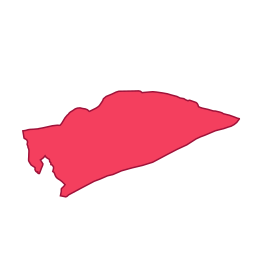 Sikhottabong, Vientiane [prefecture], Laos (Equal Earth projection), rotated 153°
{"feature_id": "54806243B78936618260326", "entity_name": "Sikhottabong", "entity_type": "district", "adm_level": 2, "iso_a3": "LAO", "parent_name": "Laos", "parent_adm1": "Vientiane [prefecture]", "projection": "equal_earth", "projection_center": [102.525, 18.0], "detail": "fine", "context": "isolated", "style": "filled", "palette": "rose", "viewbox_px": 256, "rotation_deg": 153, "n_neighbors": 0, "source": "geoboundaries", "source_scale": "gbopen_adm2", "svg_char_len": 2374}
<svg xmlns="http://www.w3.org/2000/svg" viewBox="0 0 256 256"><g transform="rotate(153 128 128)"><path d="M219.0,98.3L214.7,94.9L213.4,94.8L211.2,95.4L196.7,95.7L182.3,95.9L176.2,95.2L167.9,94.7L162.6,93.4L153.2,92.8L145.7,91.3L141.9,90.5L132.1,88.1L121.5,86.3L105.3,86.6L93.9,86.7L83.2,86.3L72.2,87.4L67.2,87.2L63.0,86.7L58.7,86.4L51.5,85.9L48.6,85.3L43.0,84.0L38.0,83.3L35.4,82.8L31.9,82.9L28.6,83.6L26.8,84.5L24.7,85.5L24.6,85.8L26.2,87.2L28.3,89.6L31.9,93.4L34.0,95.2L36.5,97.4L37.4,98.9L39.1,100.6L41.1,102.3L42.4,103.4L44.3,104.5L48.2,108.2L52.8,112.0L54.3,113.5L55.5,115.0L55.2,116.6L55.2,118.3L55.7,119.7L56.5,120.6L58.1,122.3L60.4,124.7L61.2,125.0L62.1,125.0L63.3,126.3L64.3,127.7L64.9,128.8L68.0,131.1L70.1,133.9L74.9,138.2L77.4,140.6L81.5,143.7L86.5,147.2L89.5,149.1L97.8,152.5L99.4,153.1L100.2,155.0L101.6,156.2L106.6,158.6L119.5,164.9L122.3,165.4L126.7,165.5L130.5,165.8L133.1,166.0L136.6,165.2L138.3,163.7L141.7,161.8L143.4,160.9L145.5,160.4L147.9,160.2L154.2,160.3L154.8,160.4L155.0,160.4L155.9,162.7L157.4,164.4L159.6,166.0L161.6,167.7L164.1,168.7L166.4,169.0L169.1,168.6L172.0,168.4L173.6,168.0L174.9,167.3L176.3,167.0L179.6,165.6L182.6,163.7L184.7,162.4L187.0,161.3L187.7,161.4L189.8,162.6L194.3,164.3L204.3,166.9L207.9,168.0L208.3,168.0L213.0,169.9L215.9,171.2L217.7,171.8L220.2,172.3L220.6,172.4L223.0,173.2L224.7,167.8L225.1,166.6L225.2,166.0L225.0,165.5L224.5,165.2L224.3,164.7L223.6,163.2L223.6,162.1L223.9,161.0L224.7,160.1L225.4,159.0L225.4,157.5L225.9,156.1L226.0,154.5L226.4,153.1L227.1,151.7L228.2,149.8L229.5,147.4L230.7,145.4L231.4,143.9L231.4,142.4L231.3,141.0L231.1,139.1L230.2,137.4L228.9,135.2L228.8,134.5L229.5,133.8L229.8,133.0L229.8,131.4L229.4,130.4L229.1,130.0L229.0,129.9L228.9,129.8L228.7,129.9L228.6,130.0L228.4,130.0L228.3,129.7L228.7,129.3L228.9,129.2L228.7,128.7L228.5,128.2L227.9,127.8L227.6,127.7L226.4,128.7L225.1,129.9L223.0,131.8L221.9,132.7L220.9,133.6L220.1,134.6L220.3,136.9L220.4,138.2L220.6,139.3L217.7,139.7L215.8,140.3L214.5,140.9L214.4,139.6L213.7,138.0L212.3,135.7L213.1,133.4L212.6,132.6L212.6,132.0L213.3,130.4L212.4,129.5L212.0,127.2L212.8,125.7L213.8,124.5L214.8,123.4L214.1,122.1L214.1,121.0L214.4,118.4L214.3,116.9L213.9,115.5L213.3,114.3L212.2,112.5L211.1,110.2L209.8,106.1L211.6,105.2L214.3,104.4L215.1,104.0L216.4,101.6L217.7,99.9L219.0,98.3Z" fill="#f43f5e" stroke="#9f1239" stroke-width="1.5"/></g></svg>